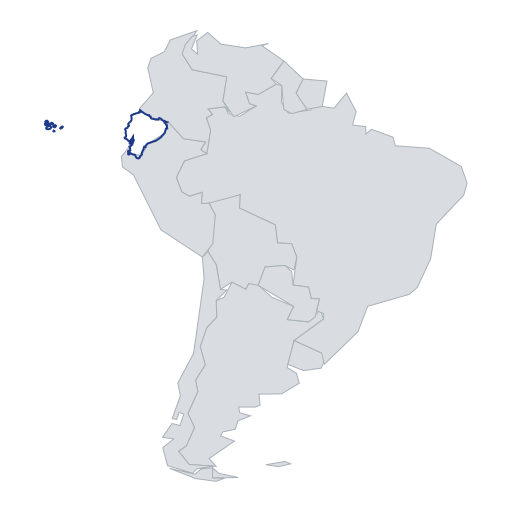 where Ecuador sits in South America
{"feature_id": "ECU", "entity_name": "Ecuador", "entity_type": "country or territory", "adm_level": 0, "iso_a3": "ECU", "parent_name": "South America", "parent_adm1": "", "projection": "albers", "projection_center": [-81.617, -1.768], "detail": "fine", "context": "in_parent", "style": "outline", "palette": "blue", "viewbox_px": 512, "rotation_deg": 0, "n_neighbors": 12, "source": "natural_earth", "source_scale": "50m", "svg_char_len": 8231}
<svg xmlns="http://www.w3.org/2000/svg" viewBox="0 0 512 512"><path d="M212.6,467.7L218.9,473.4L238.2,477.5L212.5,478.0L212.6,467.7ZM294.1,340.5L287.2,367.6L296.3,373.1L299.3,383.2L281.4,393.9L259.0,394.1L260.1,405.1L255.8,407.0L238.7,407.0L239.6,412.7L250.5,415.8L238.0,420.8L235.1,429.3L222.7,431.9L220.6,435.9L234.4,441.1L209.1,458.5L216.1,466.4L189.2,464.5L178.5,451.2L186.4,445.8L194.5,427.5L187.9,413.3L197.8,391.7L195.6,380.1L205.2,364.8L200.2,346.6L206.8,327.4L216.8,317.0L216.1,300.7L224.1,297.3L232.0,282.1L245.8,289.1L248.7,283.5L257.1,283.9L271.5,297.1L293.7,306.4L287.3,319.6L308.6,321.9L320.3,309.6L323.5,319.1L294.1,340.5Z" fill="#d9dde1" stroke="#a8b0b8" stroke-width="1"/><path d="M212.6,467.7L212.5,478.0L224.5,478.2L216.0,481.3L195.6,478.6L169.5,468.3L194.9,474.2L200.9,469.0L212.6,467.7ZM208.1,251.5L216.4,264.7L220.6,289.3L226.7,290.1L216.1,300.7L216.8,317.0L206.8,327.4L200.2,346.6L205.2,364.8L195.6,380.1L197.8,391.7L187.9,413.3L194.5,427.5L186.4,445.8L178.5,451.2L189.2,464.5L213.1,466.1L196.8,468.8L192.6,473.2L167.5,465.6L162.8,447.8L173.5,438.9L162.6,437.3L172.0,423.5L180.0,425.5L183.8,414.0L179.0,412.4L176.7,419.5L172.2,418.6L180.4,395.7L177.8,383.0L193.6,353.3L204.1,278.7L202.3,257.0L208.1,251.5Z" fill="#d9dde1" stroke="#a8b0b8" stroke-width="1"/><path d="M265.9,464.7L285.0,461.5L290.6,463.8L278.8,466.7L265.9,464.7Z" fill="#d9dde1" stroke="#a8b0b8" stroke-width="1"/><path d="M294.1,340.5L321.7,353.1L325.8,357.6L321.2,368.1L303.7,370.6L287.8,364.3L294.1,340.5Z" fill="#d9dde1" stroke="#a8b0b8" stroke-width="1"/><path d="M324.4,364.2L321.7,353.1L294.1,340.5L323.5,319.1L323.8,313.6L316.6,310.8L319.3,299.0L311.2,298.4L308.6,287.2L293.0,285.0L296.8,257.2L291.6,243.6L277.5,243.0L275.3,224.9L239.5,208.1L240.1,194.7L218.3,203.7L201.5,203.5L202.1,192.3L189.5,196.3L181.8,191.9L176.3,177.5L184.5,160.8L206.8,153.7L210.6,130.1L206.3,117.7L212.3,114.5L207.9,109.0L224.9,106.8L228.4,113.6L239.7,116.3L256.1,106.0L249.4,103.7L245.5,92.1L258.3,94.4L276.2,84.1L281.8,85.6L281.5,102.3L288.4,113.1L311.1,109.9L311.4,104.8L334.0,108.2L346.5,93.1L356.1,111.6L352.6,125.0L365.7,126.6L365.8,134.0L371.6,129.3L393.1,137.2L395.3,145.8L429.4,148.3L461.3,166.5L467.1,183.1L463.7,195.2L436.3,224.1L430.6,258.9L417.3,287.4L409.4,294.3L367.7,306.3L357.9,331.8L324.4,364.2Z" fill="#d9dde1" stroke="#a8b0b8" stroke-width="1"/><path d="M209.0,203.1L240.1,194.7L239.5,208.1L275.3,224.9L277.5,243.0L291.6,243.6L296.8,257.2L293.9,270.0L284.8,265.4L265.1,267.0L258.2,285.4L248.7,283.5L245.8,289.1L232.0,282.1L220.6,289.3L216.4,264.7L208.1,251.5L215.3,215.1L209.0,203.1Z" fill="#d9dde1" stroke="#a8b0b8" stroke-width="1"/><path d="M206.8,153.7L184.5,160.8L176.3,177.5L181.8,191.9L189.5,196.3L202.1,192.3L201.5,203.5L209.0,203.1L215.3,215.1L212.8,243.8L202.3,257.0L161.0,229.9L133.5,174.9L122.5,167.0L121.3,156.6L129.5,146.6L128.5,154.3L141.9,155.2L147.9,143.7L165.0,133.0L168.3,121.8L183.4,138.7L205.8,142.0L200.9,149.5L206.8,153.7Z" fill="#d9dde1" stroke="#a8b0b8" stroke-width="1"/><path d="M229.8,112.7L224.9,106.8L207.9,109.0L212.3,114.5L206.3,117.7L210.6,130.1L206.8,153.7L200.9,149.5L205.8,142.0L183.4,138.7L168.3,121.8L151.0,118.4L139.4,108.7L153.3,92.8L147.8,67.9L150.9,58.4L164.4,51.7L170.3,39.9L196.8,30.7L182.2,54.0L192.2,69.8L226.8,76.8L223.0,100.9L229.8,112.7Z" fill="#d9dde1" stroke="#a8b0b8" stroke-width="1"/><path d="M276.2,84.1L258.3,94.4L245.5,92.1L249.4,103.7L256.1,106.0L233.9,116.7L223.0,100.9L226.8,76.8L192.2,69.8L182.2,54.0L185.3,44.5L192.4,36.2L197.2,35.0L191.5,48.8L197.6,54.2L196.7,40.9L207.7,32.4L220.8,44.1L245.6,47.9L268.3,43.6L261.9,45.7L283.9,61.0L271.2,78.5L276.2,84.1Z" fill="#d9dde1" stroke="#a8b0b8" stroke-width="1"/><path d="M307.1,109.2L292.0,113.6L283.8,109.6L281.8,85.6L271.2,78.5L283.9,61.0L303.2,79.0L296.2,93.0L307.1,109.2Z" fill="#d9dde1" stroke="#a8b0b8" stroke-width="1"/><path d="M322.2,106.5L307.1,109.2L299.4,98.4L296.2,93.0L303.2,79.0L327.0,81.1L322.2,106.5Z" fill="#d9dde1" stroke="#a8b0b8" stroke-width="1"/><path d="M291.6,271.4L293.0,285.0L308.6,287.2L311.2,298.4L319.3,299.0L315.3,316.8L308.6,321.9L287.3,319.6L293.7,306.4L258.2,285.4L265.1,267.0L284.8,265.4L291.6,271.4Z" fill="#d9dde1" stroke="#a8b0b8" stroke-width="1"/><path d="M167.0,122.2L166.5,122.5L166.1,122.5L165.5,122.6L164.7,122.3L164.4,122.3L164.4,122.6L164.9,122.9L165.4,123.3L165.6,123.8L165.9,124.4L166.6,125.2L167.1,125.5L167.1,125.8L167.0,126.3L166.9,126.7L167.2,128.5L166.7,128.6L166.2,128.4L165.9,128.6L165.7,129.4L165.2,131.2L164.8,132.8L164.2,133.4L163.5,134.3L162.4,135.5L160.9,137.3L159.8,138.1L158.9,138.7L157.8,139.5L156.5,140.4L155.0,141.0L152.9,141.7L151.4,142.3L150.3,142.6L149.2,143.0L147.7,143.5L147.1,144.0L146.1,145.2L145.7,145.8L145.3,146.3L145.2,146.5L145.4,146.9L145.5,147.1L145.2,147.3L144.8,147.2L144.8,146.9L144.5,146.6L144.2,146.6L144.1,146.9L143.7,148.1L143.7,148.7L143.5,148.9L143.5,149.4L143.1,149.9L143.0,150.4L142.8,150.8L142.5,151.0L142.4,151.4L142.1,152.3L141.8,153.0L141.6,153.5L141.5,154.0L141.7,154.3L141.8,154.5L141.6,155.0L141.5,155.3L141.1,155.5L140.2,156.1L139.9,156.4L139.7,156.8L139.8,157.2L139.8,157.5L139.4,157.6L139.2,157.9L138.9,158.3L138.6,158.5L137.8,158.2L137.2,158.2L136.7,158.0L136.2,157.4L135.8,156.8L135.5,156.1L135.3,155.1L134.9,154.8L134.4,154.5L133.9,154.6L133.3,154.6L132.9,154.4L132.0,154.0L131.3,153.5L130.7,153.3L130.3,153.4L130.0,153.7L129.6,154.2L128.9,154.5L128.6,154.5L128.2,154.3L128.1,154.0L128.5,153.6L129.1,152.6L128.4,152.6L128.1,152.3L128.1,152.0L128.0,151.6L128.1,151.2L128.5,150.9L129.1,151.1L129.5,151.1L129.8,150.7L130.0,150.5L130.3,150.4L130.4,150.2L130.1,149.5L130.1,149.1L130.1,148.9L130.1,148.5L130.1,148.2L130.0,147.9L129.9,147.5L129.8,147.3L129.7,147.1L129.7,146.8L129.5,146.7L129.4,146.5L129.5,146.4L130.6,146.0L131.0,145.7L131.6,145.3L132.0,144.8L132.4,144.3L133.1,142.0L133.8,140.5L133.7,139.8L133.1,138.8L133.0,137.4L133.0,137.0L133.0,136.7L132.6,137.3L132.7,139.3L132.3,140.3L131.9,140.5L131.5,140.3L131.7,138.8L131.4,139.1L130.8,140.1L129.9,140.9L129.9,141.1L129.7,141.4L129.0,141.2L128.4,140.8L126.7,139.1L125.5,138.8L124.8,138.2L124.7,137.9L124.6,137.6L125.3,137.2L126.0,136.7L126.1,135.7L126.1,134.9L125.6,133.4L125.8,131.6L125.7,130.9L125.1,129.3L125.5,128.5L127.1,128.0L127.7,127.6L128.0,126.4L128.4,125.6L129.1,125.9L129.7,125.9L128.9,125.6L128.3,124.5L128.2,124.0L129.4,122.5L130.0,122.1L130.8,121.3L131.5,120.1L131.6,118.2L131.4,116.9L131.2,115.5L131.5,115.1L132.5,114.9L133.3,114.4L133.7,114.0L134.7,114.1L135.8,113.4L137.6,113.1L140.0,112.3L140.6,111.7L140.3,110.5L140.6,110.6L141.2,111.2L141.7,111.8L142.4,112.1L142.9,112.4L144.4,113.5L145.4,114.1L146.5,114.6L148.0,115.2L149.0,115.1L149.2,115.5L149.4,115.9L149.7,116.2L150.3,116.4L150.6,116.5L151.0,118.2L151.2,118.4L152.0,118.7L152.9,118.8L153.3,118.7L154.2,119.1L154.8,119.4L155.5,119.5L155.9,119.6L156.1,119.5L156.2,119.3L156.6,119.4L157.1,119.6L158.0,119.6L158.5,119.4L158.5,119.1L158.6,118.6L158.8,118.4L159.3,118.0L159.6,118.1L161.1,118.8L161.4,119.1L161.8,119.5L162.5,120.3L163.3,120.7L164.5,120.9L165.6,121.7L167.0,122.2ZM47.7,121.4L48.2,121.9L48.5,123.2L50.0,124.7L50.2,125.5L50.0,125.9L50.1,126.0L50.8,126.6L51.3,127.2L50.5,128.6L48.8,129.2L47.1,129.2L46.7,129.0L46.2,128.5L46.1,128.0L46.4,127.5L47.3,126.8L48.7,126.2L48.9,125.7L48.3,125.3L47.9,124.4L47.0,123.7L46.6,121.8L46.3,121.7L45.7,121.9L45.4,121.7L46.0,121.1L46.1,120.8L47.1,120.7L47.5,120.9L47.7,121.4ZM54.8,127.3L54.4,127.3L53.2,126.6L53.3,125.9L53.7,125.4L55.2,125.1L55.9,125.6L55.8,126.4L55.3,127.0L54.9,127.2L54.8,127.3ZM130.8,143.4L130.6,143.7L129.9,143.7L129.7,143.6L129.7,143.3L129.9,142.2L130.1,141.8L130.7,141.4L131.2,141.2L131.8,141.2L132.4,141.6L131.7,142.3L131.2,142.4L131.1,142.5L130.8,143.4ZM46.6,125.0L45.9,125.2L45.2,124.9L45.0,124.5L44.9,123.9L45.0,123.7L46.3,123.5L46.8,124.0L46.8,124.7L46.6,125.0ZM61.6,128.3L60.7,128.6L60.4,128.4L60.2,128.3L60.2,128.1L60.7,127.6L61.1,127.4L61.6,126.9L62.3,126.5L62.6,126.6L62.8,126.9L62.5,127.3L62.0,127.6L61.6,128.3ZM53.0,124.0L52.6,124.3L51.2,124.0L50.8,123.6L51.1,123.0L51.4,122.7L52.3,123.0L53.1,123.6L53.0,124.0ZM54.1,131.5L53.8,131.5L53.4,131.2L53.7,130.6L54.1,130.8L54.3,130.9L54.5,131.2L54.1,131.5ZM140.0,112.0L139.5,112.0L139.3,111.7L139.9,111.3L140.0,111.2L140.0,112.0Z" fill="none" stroke="#1e3a8a" stroke-width="2"/></svg>